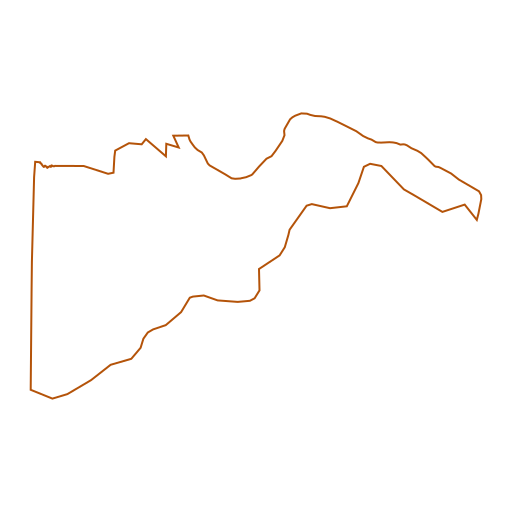 St. Charles, Missouri, United States of America (Natural Earth projection)
{"feature_id": "52423323B56578424845475", "entity_name": "St. Charles", "entity_type": "district", "adm_level": 2, "iso_a3": "USA", "parent_name": "United States of America", "parent_adm1": "Missouri", "projection": "natural_earth1", "projection_center": [-90.636, 38.751], "detail": "fine", "context": "isolated", "style": "outline", "palette": "amber", "viewbox_px": 512, "rotation_deg": 0, "n_neighbors": 0, "source": "geoboundaries", "source_scale": "gbopen_adm2", "svg_char_len": 2222}
<svg xmlns="http://www.w3.org/2000/svg" viewBox="0 0 512 512"><path d="M153.1,329.4L165.8,325.1L181.1,312.1L189.8,297.7L192.9,296.6L203.8,295.5L217.6,300.4L237.7,301.9L249.9,300.8L254.6,298.3L259.5,290.4L259.0,269.0L279.6,255.4L284.8,247.2L288.4,234.9L289.6,229.7L306.6,205.7L311.8,204.1L330.0,208.2L346.8,206.3L358.4,183.1L363.9,166.8L370.1,163.8L381.4,166.0L403.9,189.4L414.2,195.3L442.4,211.9L464.7,204.6L476.8,219.9L478.4,213.8L481.3,199.1L481.1,195.1L479.0,191.3L458.9,179.6L451.1,173.5L440.3,167.8L438.5,167.0L435.9,166.7L434.6,166.1L428.5,159.9L426.2,157.7L421.2,153.1L417.4,150.8L411.4,148.2L406.9,145.3L404.9,144.5L403.3,144.3L400.3,144.6L396.6,143.1L393.4,142.5L392.6,142.4L389.3,142.2L381.4,142.6L377.5,142.5L375.7,142.1L371.5,139.6L368.0,138.4L363.1,136.0L356.3,131.2L336.9,121.5L335.5,120.9L330.3,118.5L324.7,116.8L321.2,116.3L315.0,116.0L310.3,114.9L307.0,113.7L301.3,113.4L295.2,115.7L292.4,117.3L290.1,119.3L284.7,128.7L284.2,130.3L284.1,131.4L284.5,135.2L282.3,140.9L275.4,151.1L271.5,156.2L266.5,158.7L259.1,166.5L252.3,174.4L251.3,175.1L246.1,177.2L241.4,178.2L240.4,178.5L235.1,178.8L231.6,178.3L225.3,174.4L209.6,165.4L207.8,163.5L203.9,155.4L201.8,152.5L197.6,150.0L194.8,147.4L192.7,144.6L190.5,141.5L189.5,139.5L188.3,135.5L173.3,135.7L178.7,147.5L166.3,143.8L165.9,156.3L145.9,139.1L141.7,144.3L129.0,143.2L115.2,150.6L114.4,156.8L113.5,172.7L108.1,173.8L83.7,166.0L55.1,165.9L54.9,165.9L54.4,166.2L54.0,166.3L53.3,166.2L53.1,166.2L52.8,165.9L52.2,165.7L51.9,165.5L51.6,165.4L51.4,165.5L51.4,165.8L51.5,166.0L51.4,166.4L51.1,166.7L50.9,166.8L50.7,166.8L50.4,166.5L50.3,166.3L49.9,166.1L49.5,166.5L48.8,166.8L48.4,166.8L48.2,167.2L47.9,167.2L47.6,167.2L47.4,167.7L47.3,167.8L47.1,167.7L46.7,167.3L46.8,166.9L46.4,166.5L45.9,166.3L45.6,166.1L45.3,165.8L45.0,165.7L44.8,165.8L44.7,166.2L44.5,166.4L44.3,166.7L43.8,166.9L43.5,166.7L43.3,166.3L42.9,166.0L42.6,165.7L42.5,165.4L42.1,164.9L41.9,164.8L41.5,164.3L41.5,164.1L41.5,163.8L41.4,163.6L40.9,163.3L40.5,163.2L40.2,163.0L40.1,162.3L35.2,161.8L34.1,177.1L31.9,261.7L31.6,288.5L30.7,389.8L52.4,398.6L67.4,394.1L91.1,380.1L110.6,364.8L131.3,358.8L140.6,347.8L143.4,338.7L147.8,332.5L153.1,329.4Z" fill="none" stroke="#b45309" stroke-width="2"/></svg>